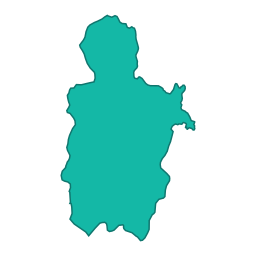 outline of Lola, Lola, Guinea
{"feature_id": "49546643B14657084308206", "entity_name": "Lola", "entity_type": "district", "adm_level": 2, "iso_a3": "GIN", "parent_name": "Guinea", "parent_adm1": "Lola", "projection": "natural_earth1", "projection_center": [-8.248, 8.016], "detail": "fine", "context": "isolated", "style": "filled", "palette": "teal", "viewbox_px": 256, "rotation_deg": 0, "n_neighbors": 0, "source": "geoboundaries", "source_scale": "gbopen_adm2", "svg_char_len": 3705}
<svg xmlns="http://www.w3.org/2000/svg" viewBox="0 0 256 256"><path d="M90.3,68.1L94.4,72.3L94.9,74.3L95.0,76.2L95.1,77.5L95.1,78.4L94.0,81.9L90.6,82.6L86.7,83.5L83.9,84.2L81.2,84.8L76.4,84.6L73.9,88.0L70.7,88.2L69.6,90.1L68.9,93.0L67.4,95.3L67.7,97.8L68.3,100.5L68.8,102.3L69.5,104.0L69.7,105.3L68.6,107.6L66.8,110.6L67.4,112.5L70.1,113.4L73.7,118.1L75.0,120.8L75.4,124.7L72.6,128.6L69.6,135.3L68.4,139.5L67.9,143.8L66.8,147.4L67.5,150.3L69.2,153.7L70.0,155.6L69.5,158.4L68.5,160.5L67.3,162.0L66.5,164.5L66.0,165.5L65.6,167.2L65.7,167.5L62.3,171.2L61.2,175.4L62.1,179.8L64.5,181.1L67.9,182.0L70.3,184.0L70.5,187.8L69.2,191.4L69.8,192.3L70.4,201.9L70.2,202.7L69.9,203.4L70.0,203.4L71.1,203.5L71.4,205.2L71.5,205.3L71.8,207.3L72.1,213.5L70.0,219.1L70.6,219.7L70.6,219.8L71.2,220.5L72.3,221.8L74.2,224.0L85.7,231.9L86.9,233.4L88.7,235.8L95.0,228.3L99.8,223.2L102.2,222.5L103.0,222.5L104.7,222.3L105.7,223.0L106.4,223.5L107.0,225.7L107.1,226.9L107.4,230.1L108.4,230.8L109.4,231.5L110.4,231.3L112.0,231.0L112.9,230.6L114.1,230.1L118.6,225.6L118.9,225.3L120.8,225.1L122.9,224.8L123.6,225.8L123.6,226.5L123.5,227.1L123.9,228.7L124.9,229.8L125.0,229.9L125.5,230.5L132.0,232.7L136.4,236.4L136.8,236.5L137.5,236.9L140.5,240.6L142.5,240.2L144.8,238.0L146.2,235.5L147.6,232.9L148.2,231.5L149.1,229.4L149.2,222.3L149.2,222.1L149.2,220.5L152.2,214.8L153.8,213.6L154.9,212.2L155.1,209.6L155.5,204.9L155.7,203.3L157.8,200.6L158.9,199.3L161.1,198.7L163.4,198.1L164.9,196.6L165.1,193.4L165.4,189.9L166.5,185.7L169.5,180.7L169.7,178.5L169.4,176.4L168.9,175.9L167.5,174.3L167.2,174.0L167.1,173.8L160.7,167.9L160.4,165.7L160.2,164.7L160.3,163.8L160.5,162.2L162.2,158.8L162.2,158.6L162.4,158.4L162.6,158.2L164.9,155.4L166.7,152.1L167.2,151.3L168.7,146.0L170.6,141.4L170.6,141.2L171.3,138.6L173.1,131.6L171.0,129.1L171.3,128.4L172.2,126.3L174.3,124.6L174.6,124.5L175.6,124.0L176.3,124.2L177.5,124.6L177.8,124.7L178.3,124.4L178.9,123.9L179.7,124.0L181.8,124.2L182.2,123.8L183.1,122.6L183.8,122.5L184.8,122.9L186.0,123.5L186.4,124.4L185.5,127.4L185.7,127.7L186.1,127.6L186.6,127.4L187.0,129.1L187.4,129.2L187.7,128.9L189.3,127.7L191.9,128.6L192.5,129.3L193.1,130.0L193.8,130.0L194.2,129.9L194.8,128.6L194.6,128.2L194.5,127.3L194.6,125.8L194.4,125.5L193.8,124.5L194.6,122.5L194.6,121.7L193.0,121.2L191.2,120.6L189.9,117.2L187.6,113.1L186.4,112.5L185.2,111.3L181.7,109.7L181.2,108.6L180.9,107.7L181.8,104.8L181.7,104.7L180.9,103.7L180.7,102.5L181.9,100.4L182.3,98.4L182.1,97.2L181.8,94.9L181.9,94.2L182.0,93.4L183.8,91.4L184.6,90.4L184.8,89.9L185.2,88.7L185.1,86.6L184.1,85.2L183.0,85.2L182.8,85.4L182.4,86.0L181.1,86.8L180.9,86.9L180.2,88.1L179.0,87.8L178.3,86.5L176.8,83.8L176.2,83.7L175.8,83.6L175.1,84.4L173.5,89.5L173.2,89.9L170.8,93.2L170.0,93.8L169.9,93.9L166.7,92.9L165.9,92.6L164.9,91.2L164.7,91.1L163.3,90.1L163.1,89.3L162.9,88.6L161.5,87.5L158.4,85.8L150.2,85.7L149.6,85.5L147.7,84.9L145.7,83.4L142.1,78.5L139.7,76.9L138.7,77.1L137.4,78.8L135.9,78.5L134.7,78.2L134.3,77.5L134.2,77.1L134.0,76.7L133.9,76.5L133.8,73.9L133.7,72.5L133.7,72.3L134.0,71.6L134.2,70.8L135.6,69.2L136.9,67.8L137.3,66.7L137.5,66.1L137.2,64.1L137.2,63.7L137.4,61.4L136.0,56.8L135.9,55.0L137.7,51.1L137.8,50.9L138.0,50.1L138.4,48.7L138.4,48.0L138.3,47.3L137.5,44.2L136.1,39.3L136.0,38.4L135.8,36.3L135.9,35.4L135.9,34.9L135.5,31.3L135.4,30.9L134.4,28.2L133.7,28.1L132.8,27.6L131.8,26.8L129.4,28.2L127.3,27.4L125.9,23.8L122.0,23.5L119.8,22.0L118.5,19.2L117.0,16.5L115.0,15.7L111.8,17.2L108.2,16.0L107.3,15.4L104.8,16.9L102.1,19.0L97.6,21.2L94.4,22.5L89.9,25.0L87.8,27.2L86.1,31.6L85.0,37.1L84.1,38.9L83.1,40.6L81.9,42.1L79.7,45.1L80.3,47.3L82.5,50.7L84.2,53.9L85.6,58.8L87.3,63.4L90.3,68.1Z" fill="#14b8a6" stroke="#0f766e" stroke-width="1.5"/></svg>